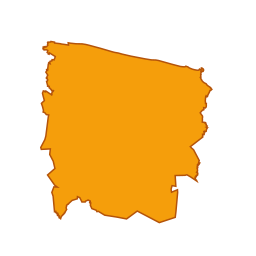 outline of Técpan de Galeana, Guerrero, Mexico, rotated 170°
{"feature_id": "50627088B73770248415585", "entity_name": "Técpan de Galeana", "entity_type": "district", "adm_level": 2, "iso_a3": "MEX", "parent_name": "Mexico", "parent_adm1": "Guerrero", "projection": "natural_earth1", "projection_center": [-100.8, 17.404], "detail": "fine", "context": "isolated", "style": "filled", "palette": "amber", "viewbox_px": 256, "rotation_deg": 170, "n_neighbors": 0, "source": "geoboundaries", "source_scale": "gbopen_adm2", "svg_char_len": 5517}
<svg xmlns="http://www.w3.org/2000/svg" viewBox="0 0 256 256"><g transform="rotate(170 128 128)"><path d="M39.8,153.6L42.2,155.9L42.6,156.4L43.3,157.9L43.5,158.1L45.1,159.3L46.0,160.3L46.9,161.7L47.3,162.7L47.2,163.0L47.5,163.4L47.7,164.2L47.7,164.7L47.6,164.8L47.4,165.3L47.7,165.5L47.8,165.5L47.3,166.4L47.3,166.9L47.2,167.4L46.8,167.8L47.1,168.3L47.1,168.5L46.5,169.7L46.4,169.7L46.3,169.9L46.4,170.8L46.4,171.0L46.2,171.0L46.1,171.3L45.9,171.1L45.7,171.4L44.9,170.6L44.2,170.7L44.0,171.2L43.5,171.8L43.8,172.0L43.6,172.4L43.6,172.9L44.0,173.1L43.9,173.3L44.6,174.0L44.8,174.3L45.2,174.4L45.4,174.4L45.5,174.0L45.5,173.4L45.7,173.1L47.0,172.9L47.2,173.0L47.5,173.5L48.1,172.8L48.3,172.7L48.9,172.7L50.2,173.0L52.3,173.8L54.3,174.7L56.4,176.0L57.4,176.7L58.2,177.5L58.5,177.9L59.1,178.1L60.2,178.8L60.5,178.8L60.7,178.6L61.2,178.4L62.2,178.5L64.4,179.1L65.7,179.5L72.5,182.6L86.3,189.2L88.8,190.1L93.1,191.0L98.9,193.0L112.5,198.2L121.0,201.8L124.5,203.5L128.1,204.8L130.5,205.9L141.2,211.2L152.1,216.3L155.1,217.6L158.6,218.8L164.7,220.0L169.9,221.5L172.1,222.3L172.2,220.0L175.9,221.3L179.1,222.3L179.4,222.4L179.5,222.6L181.4,223.2L185.5,224.4L185.4,225.3L188.9,226.6L189.2,226.1L191.1,226.3L191.5,226.0L191.9,226.5L192.4,226.1L192.3,224.8L192.8,224.0L192.6,223.4L194.1,222.2L194.8,222.0L195.3,222.5L195.5,222.2L196.2,222.5L196.3,222.1L197.4,222.5L197.9,221.0L197.5,220.9L197.7,220.4L197.0,219.9L197.1,219.5L196.3,219.3L195.4,219.3L194.6,219.1L193.5,218.3L194.0,217.2L194.5,216.4L193.4,215.5L193.7,214.8L192.9,214.3L192.2,215.5L187.2,211.0L188.2,209.1L189.0,208.3L189.0,208.0L190.9,208.5L191.2,207.4L191.5,207.3L192.0,207.4L192.6,207.2L193.2,207.2L193.6,206.4L193.6,206.2L193.7,205.9L193.6,205.1L194.7,206.1L195.0,205.7L195.0,205.1L195.4,204.6L195.3,204.3L195.6,204.1L196.3,201.8L196.7,200.7L196.7,199.9L197.1,198.9L197.2,199.0L197.2,199.6L197.3,199.7L198.0,199.7L198.0,199.1L198.3,198.2L199.2,197.3L197.8,194.0L198.5,193.2L199.2,191.9L199.5,191.8L199.8,191.4L199.7,191.2L199.5,190.9L199.0,190.9L199.1,190.3L198.9,189.9L198.7,189.7L198.7,189.2L199.2,188.5L199.4,188.4L199.4,188.2L199.7,188.0L200.1,188.0L199.8,184.0L199.6,183.9L199.9,183.1L198.4,182.6L198.6,182.1L198.6,181.2L198.2,181.0L197.8,180.5L197.8,180.2L197.5,179.7L197.1,179.5L196.9,179.2L196.8,178.9L196.9,178.6L196.7,177.9L196.2,177.8L196.1,177.7L195.3,178.0L194.9,177.6L196.5,176.2L197.5,175.0L197.5,174.7L197.1,174.5L197.1,174.2L197.4,173.8L202.5,178.7L203.1,177.9L203.3,177.9L204.1,179.0L205.0,179.2L205.5,178.2L206.2,177.2L206.0,173.8L205.6,169.5L207.2,168.5L209.0,167.3L208.5,164.2L208.2,160.2L208.8,158.4L207.4,157.7L206.1,155.4L203.8,154.6L204.6,152.7L210.3,134.4L211.9,131.0L217.3,124.0L217.1,122.0L208.1,120.9L209.7,115.5L207.4,108.3L207.0,100.8L215.4,95.7L210.1,84.4L207.9,82.1L211.2,82.9L214.2,77.8L213.6,73.9L214.9,58.4L214.5,58.5L214.1,58.3L213.7,58.4L213.7,58.1L214.0,57.9L214.0,57.7L213.8,57.2L213.7,57.1L213.3,57.4L212.7,56.8L212.6,56.6L212.9,56.3L212.9,56.0L212.7,55.9L212.2,55.9L212.4,55.5L212.0,55.3L212.2,54.7L212.6,54.5L212.6,54.1L212.2,53.9L211.8,54.2L211.8,53.8L211.6,53.7L211.1,53.5L211.1,53.3L211.3,53.1L211.4,52.8L211.4,52.7L211.1,52.7L211.4,52.1L211.4,51.5L211.1,51.3L210.5,51.4L210.4,50.8L210.1,50.4L209.9,50.8L208.9,52.6L208.7,52.8L207.9,53.1L207.5,53.7L207.0,54.1L206.8,54.1L206.6,54.0L205.9,54.7L205.8,55.1L205.4,55.1L205.1,55.3L204.7,55.7L204.7,56.1L204.3,56.4L204.0,56.9L203.5,57.3L203.1,57.9L202.5,58.5L202.7,59.0L202.8,60.1L202.4,61.1L202.2,61.3L202.0,62.0L202.0,62.4L201.8,62.7L201.4,62.9L200.9,63.0L200.6,63.4L200.2,63.3L199.7,63.6L199.4,64.0L195.6,66.4L190.2,67.1L189.7,69.2L187.6,67.8L186.2,63.1L182.9,62.6L182.5,63.3L179.8,64.0L177.9,62.7L177.9,62.1L178.7,61.6L178.6,60.9L177.7,60.6L178.5,58.5L177.6,54.9L173.6,52.5L173.1,51.0L171.7,51.1L166.1,46.2L154.1,42.1L145.2,38.7L133.3,44.6L113.6,29.4L97.0,31.8L95.3,37.4L90.3,55.9L90.0,58.6L96.3,57.2L96.2,60.2L94.6,63.6L91.0,62.3L89.8,73.0L80.0,71.5L78.1,71.7L74.9,69.0L69.4,63.7L69.7,64.9L70.3,65.2L70.5,65.5L70.6,66.2L70.4,66.5L70.6,66.9L70.3,67.2L70.5,67.4L70.5,67.9L69.1,68.3L69.3,68.9L69.1,69.3L68.6,69.4L68.3,69.6L68.0,69.5L67.7,69.5L67.5,69.9L67.7,70.2L67.4,71.0L67.2,71.0L67.1,71.5L67.6,72.4L67.8,72.1L68.1,72.5L67.5,72.8L67.1,73.4L67.3,73.5L66.8,74.7L66.9,75.2L66.8,76.0L67.0,76.5L66.2,76.8L66.3,77.7L66.5,77.9L65.5,78.8L65.6,79.2L66.1,79.3L66.2,79.5L65.3,80.3L65.0,79.8L64.5,79.7L63.7,80.8L63.4,81.1L64.2,81.5L64.4,81.8L63.5,83.6L67.2,95.2L68.9,97.3L69.9,98.8L56.0,106.1L56.1,106.4L56.0,106.5L55.9,106.7L56.0,106.9L55.8,107.0L55.7,107.3L55.8,108.0L55.7,108.6L55.5,108.4L55.3,108.3L55.0,108.6L54.3,108.3L54.2,108.3L54.1,108.5L54.1,109.4L53.6,109.8L53.7,110.0L53.9,110.9L53.9,111.4L53.7,111.5L53.3,111.6L52.4,110.9L51.8,111.1L51.9,111.3L51.7,111.5L51.4,111.7L51.2,112.4L50.4,113.8L50.2,113.9L50.3,114.1L50.3,114.5L50.2,114.7L50.3,114.9L50.5,114.8L50.5,115.1L50.4,115.1L50.7,115.3L50.2,115.4L50.2,115.5L49.8,116.0L50.0,116.1L49.9,116.5L50.4,117.0L50.3,117.6L50.5,117.8L50.6,118.1L50.4,118.3L50.6,118.6L50.6,119.7L50.7,119.8L51.3,119.9L51.5,119.7L51.6,119.8L51.5,120.2L53.8,120.9L53.3,123.0L53.0,125.0L52.9,125.3L52.7,125.5L52.6,125.9L52.6,126.9L54.3,130.4L51.5,132.7L50.5,132.7L50.4,133.0L50.1,133.0L50.0,133.3L50.0,133.5L49.9,134.3L49.9,134.9L48.4,134.3L47.7,134.8L47.3,135.3L46.9,136.7L46.8,137.7L46.6,138.5L47.4,138.7L47.2,139.6L47.2,141.2L46.0,145.6L45.7,145.8L45.5,146.1L44.9,145.0L44.3,145.2L43.5,146.8L41.9,148.8L40.7,150.7L40.1,150.6L38.7,151.5L39.0,152.0L39.7,152.8L40.0,153.5L39.8,153.6Z" fill="#f59e0b" stroke="#b45309" stroke-width="1.5"/></g></svg>